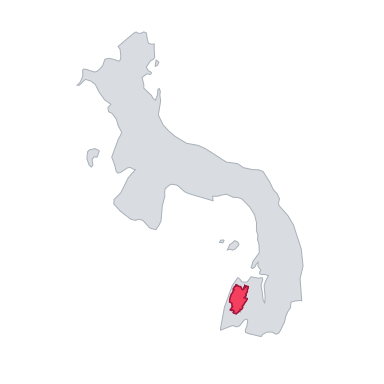 location of Sambú, Emberá, Panama, rotated 50°
{"feature_id": "35544464B41200753641773", "entity_name": "Sambú", "entity_type": "district", "adm_level": 2, "iso_a3": "PAN", "parent_name": "Panama", "parent_adm1": "Emberá", "projection": "mercator", "projection_center": [-78.143, 7.844], "detail": "fine", "context": "in_parent", "style": "filled", "palette": "rose", "viewbox_px": 384, "rotation_deg": 50, "n_neighbors": 0, "source": "geoboundaries", "source_scale": "gbopen_adm2", "svg_char_len": 6770}
<svg xmlns="http://www.w3.org/2000/svg" viewBox="0 0 384 384"><g transform="rotate(50 192 192)"><path d="M345.9,177.9L344.8,178.7L341.7,183.2L340.0,187.0L344.0,191.1L345.2,195.4L347.5,200.0L351.0,204.7L355.0,213.4L355.9,216.9L354.8,219.2L351.0,220.5L347.5,224.6L346.5,229.6L347.2,232.0L336.6,239.9L333.9,241.2L332.1,240.0L329.9,236.1L327.2,232.8L325.7,231.7L324.9,231.7L324.1,232.4L323.7,234.2L325.1,241.6L323.9,244.6L320.3,246.9L316.2,259.0L314.6,257.5L301.1,241.2L289.4,221.0L287.0,211.9L290.0,211.3L293.0,211.5L294.5,210.1L296.4,207.5L294.9,201.3L300.6,196.6L302.7,193.4L304.3,193.8L308.0,199.2L313.4,202.3L320.0,206.7L324.1,207.8L319.0,203.1L310.0,196.9L307.5,192.8L305.1,187.1L301.6,189.6L300.0,191.6L298.2,192.8L296.6,191.4L296.3,189.6L291.0,189.2L289.6,187.5L288.2,186.6L288.9,190.1L289.9,192.3L289.4,195.0L287.7,195.2L286.2,192.4L284.3,190.0L281.8,179.6L275.8,174.8L273.0,173.2L270.8,172.6L267.4,169.2L263.0,167.5L257.0,162.3L249.6,158.7L240.6,157.4L229.7,158.2L226.0,160.2L223.5,162.8L222.3,164.0L215.8,167.0L213.4,171.3L211.8,174.9L208.6,179.0L212.3,181.5L191.2,195.5L187.0,197.5L177.6,198.9L175.4,200.4L172.5,203.2L172.1,207.4L172.5,211.0L175.3,213.7L177.7,215.4L183.6,223.7L194.1,234.2L196.0,238.0L197.6,243.7L194.5,246.3L192.1,247.5L182.1,247.9L178.7,250.2L177.3,253.6L173.6,256.4L160.8,259.2L150.8,259.6L147.6,256.3L146.9,247.2L140.1,231.7L138.5,221.0L136.8,222.3L133.2,223.6L132.0,226.2L131.1,234.1L129.8,236.8L127.0,236.6L121.3,233.7L113.7,231.1L104.1,214.4L103.0,211.3L101.2,207.5L93.7,205.9L87.4,203.1L80.4,202.7L76.9,204.3L73.3,202.2L72.6,197.7L65.4,199.7L56.0,199.0L47.7,197.0L42.0,198.1L37.2,201.3L37.8,209.7L36.4,211.3L36.2,207.9L34.6,204.0L32.6,200.7L28.3,197.4L28.1,196.1L29.8,194.4L37.4,189.6L38.4,187.5L38.5,183.3L37.8,179.2L34.3,173.3L36.3,169.6L40.2,166.6L44.3,164.3L45.0,163.3L44.2,161.2L41.9,159.0L36.3,155.3L33.0,155.1L32.9,144.3L33.0,132.9L33.9,131.8L35.9,131.1L37.5,129.4L38.4,126.0L40.8,124.8L45.2,127.4L49.7,129.7L51.5,128.9L52.9,127.8L53.9,126.7L54.2,125.7L57.7,128.7L65.0,134.1L65.5,136.8L64.8,139.3L66.8,146.6L70.6,147.6L74.3,146.2L75.3,147.6L74.6,148.9L72.6,150.4L72.1,156.7L78.4,159.6L81.5,162.2L91.8,161.0L95.6,161.7L98.2,160.9L95.3,155.9L91.5,152.2L91.8,150.5L94.7,151.7L97.0,154.3L102.0,157.4L111.4,168.3L122.1,171.0L130.6,170.6L138.5,169.2L151.1,164.9L160.3,157.3L167.5,153.8L191.1,146.5L199.5,138.9L203.0,137.9L206.4,137.0L213.8,131.2L217.8,126.7L222.0,124.4L234.5,126.1L242.6,128.2L248.2,127.9L253.5,129.4L255.9,132.7L258.3,134.1L271.5,133.7L282.3,135.4L306.0,145.0L320.2,154.6L327.7,164.8L345.9,177.9ZM108.2,253.2L105.1,253.5L98.8,251.0L94.2,246.3L93.8,244.8L93.9,243.3L96.4,238.5L99.8,236.8L101.1,236.8L104.3,242.4L102.1,244.5L103.0,247.9L107.6,250.5L108.2,253.2ZM260.2,199.8L259.1,202.2L256.5,196.8L256.9,195.4L256.7,190.6L259.2,189.3L261.0,189.2L262.6,189.9L263.5,195.6L262.7,198.2L260.2,199.8ZM72.7,136.8L72.1,139.5L67.8,134.7L70.4,133.9L71.3,134.0L72.7,136.8ZM250.8,200.9L248.3,203.4L247.3,201.0L249.1,198.6L249.7,198.5L250.8,200.9Z" fill="#d9dde1" stroke="#a8b0b8" stroke-width="1"/><path d="M298.2,231.6L298.3,231.7L298.5,231.9L298.8,232.5L299.1,232.8L299.6,233.1L299.9,233.3L300.2,233.5L300.3,233.6L300.5,233.9L302.4,233.0L302.6,233.0L302.8,233.2L303.0,233.2L303.2,233.3L303.3,233.3L303.5,233.3L303.6,233.5L303.8,233.6L304.1,234.0L304.4,234.1L304.5,234.3L304.8,234.4L304.9,234.6L305.0,234.6L305.2,234.8L305.4,234.8L305.5,234.8L305.6,234.7L305.8,234.5L306.0,234.6L306.0,234.8L306.0,235.1L306.1,235.5L306.2,235.9L306.2,236.3L306.3,236.5L306.4,236.8L306.5,237.0L306.5,237.3L306.6,237.6L306.6,237.8L306.8,238.0L306.8,238.4L306.9,238.6L307.0,238.6L307.4,238.4L307.8,238.0L308.1,238.0L308.2,237.9L308.3,237.8L308.3,237.7L308.2,237.6L308.1,237.4L308.1,237.2L308.2,236.9L308.3,236.8L308.5,236.7L310.3,236.4L310.3,236.8L310.4,237.4L310.4,237.6L310.5,237.8L310.7,238.0L310.9,238.0L311.0,238.0L311.4,237.9L312.1,237.6L312.3,237.5L312.3,237.4L312.5,237.1L313.8,236.5L313.8,235.7L313.6,235.2L313.7,234.7L313.8,234.5L313.7,233.9L313.7,233.7L313.9,233.5L313.9,233.4L313.5,233.0L313.5,232.9L313.6,232.3L313.7,231.8L313.8,231.8L313.7,231.7L313.5,231.3L313.4,230.6L313.0,230.4L313.5,230.1L313.8,229.9L313.8,229.7L313.8,229.4L313.8,229.2L313.7,229.1L313.6,228.9L313.5,228.5L313.4,228.4L313.3,228.1L313.2,227.4L312.4,227.2L312.1,227.2L311.9,227.1L311.8,226.9L311.9,226.5L311.9,226.1L311.7,225.5L311.7,225.4L311.7,225.2L311.7,224.9L311.6,224.7L311.4,224.7L311.2,224.2L311.1,223.5L310.9,223.0L310.9,222.9L310.9,222.7L310.8,222.4L310.7,222.4L310.6,221.9L310.5,221.7L310.5,221.2L310.4,220.6L309.9,219.5L309.8,219.1L309.7,218.7L309.4,218.4L309.2,218.2L308.9,218.2L308.7,218.3L308.4,218.6L308.3,218.8L307.8,219.0L307.6,219.1L307.4,219.3L306.9,219.9L306.8,220.0L306.7,220.1L306.4,220.0L306.4,219.9L306.4,219.7L306.4,219.4L306.4,218.4L306.4,218.2L306.4,217.8L306.3,217.7L306.2,217.2L306.0,216.8L305.9,216.7L305.7,216.6L305.0,216.6L304.9,216.6L304.6,216.2L304.5,215.4L304.5,215.0L304.4,214.7L304.3,214.3L303.8,213.8L303.4,213.1L303.2,212.9L302.7,212.6L302.3,212.2L302.2,212.0L302.1,211.9L302.0,211.7L301.9,211.1L301.8,210.8L301.7,210.7L301.4,210.6L300.9,210.1L300.8,209.8L300.7,209.7L300.3,209.8L300.1,210.1L299.8,210.6L299.7,210.7L299.4,210.6L299.2,210.6L298.8,210.9L298.7,210.9L298.5,211.0L298.3,211.2L298.4,211.3L298.4,211.6L298.0,211.7L297.9,211.7L298.1,211.9L298.0,212.0L297.9,212.0L298.0,212.1L298.1,212.4L298.2,212.1L298.3,212.0L298.5,212.0L298.4,212.2L298.3,212.4L298.3,212.5L298.5,212.3L298.5,212.2L298.7,212.3L298.6,212.5L298.8,212.5L298.7,212.7L298.8,212.8L299.0,212.8L299.1,212.7L299.3,212.7L299.3,212.8L299.2,213.0L299.2,213.4L299.1,213.6L299.0,213.8L299.1,214.0L298.9,214.1L299.0,214.1L299.2,214.3L299.3,214.5L299.5,214.7L299.5,214.8L299.6,215.1L299.5,215.3L299.4,215.3L299.2,215.5L299.3,215.6L299.2,215.7L299.2,215.8L299.3,215.8L299.3,216.0L299.1,216.1L298.8,216.2L298.2,216.1L297.5,215.9L297.1,215.8L296.8,215.7L296.1,215.5L295.9,215.7L295.9,215.8L295.4,215.9L295.2,215.9L295.1,216.1L294.9,216.3L294.7,216.4L294.5,216.6L294.3,216.8L294.2,216.9L294.2,217.0L293.9,217.1L293.6,217.1L293.4,217.0L293.1,217.1L292.7,217.1L292.4,217.2L292.3,217.4L292.1,217.6L292.0,217.8L291.9,217.9L291.7,218.0L291.4,217.9L291.1,217.8L290.9,217.6L290.7,217.4L291.4,218.0L291.5,218.1L291.6,218.4L291.7,218.5L291.8,218.5L292.1,218.6L292.3,218.6L292.4,218.8L292.5,218.9L292.5,219.0L292.4,219.2L292.3,219.3L291.9,219.8L291.8,220.0L291.8,220.3L292.3,221.4L292.6,222.4L292.8,222.9L292.9,223.0L293.0,223.1L293.4,223.1L293.8,222.9L294.0,222.8L294.2,223.0L294.1,223.5L294.1,223.8L294.2,224.0L294.3,224.3L294.7,224.8L294.9,225.2L295.1,225.6L295.3,225.9L295.3,226.0L295.3,226.6L295.3,226.8L295.5,227.3L295.6,227.5L295.7,228.0L295.8,228.2L296.4,228.9L297.1,230.3L297.4,230.6L297.8,231.3L298.2,231.6Z" fill="#f43f5e" stroke="#9f1239" stroke-width="1.5"/></g></svg>